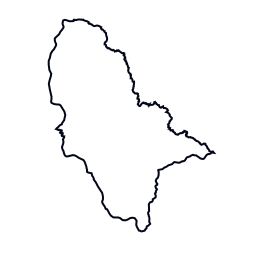 the district of Phonthong, Louangphrabang, Laos, rotated 9°
{"feature_id": "54806243B14812805317737", "entity_name": "Phonthong", "entity_type": "district", "adm_level": 2, "iso_a3": "LAO", "parent_name": "Laos", "parent_adm1": "Louangphrabang", "projection": "albers", "projection_center": [103.126, 20.819], "detail": "fine", "context": "isolated", "style": "outline", "palette": "ink", "viewbox_px": 256, "rotation_deg": 9, "n_neighbors": 0, "source": "geoboundaries", "source_scale": "gbopen_adm2", "svg_char_len": 5815}
<svg xmlns="http://www.w3.org/2000/svg" viewBox="0 0 256 256"><g transform="rotate(9 128 128)"><path d="M39.2,74.2L39.8,78.0L41.3,83.0L43.7,86.4L43.7,88.8L43.1,93.3L42.9,96.7L44.7,102.0L47.5,108.9L47.9,111.4L47.9,113.7L48.2,114.7L48.6,115.1L51.1,115.9L53.7,115.9L56.4,115.6L57.8,116.2L62.5,121.6L64.0,124.8L63.7,130.3L62.2,133.4L62.1,134.7L60.5,135.7L58.3,138.8L57.7,139.3L57.2,140.2L58.4,140.2L58.6,140.3L58.7,140.7L59.7,140.9L60.7,140.5L61.5,141.1L62.2,140.6L62.9,140.7L63.1,141.2L63.0,141.9L62.4,141.9L61.9,142.3L61.6,143.3L62.7,143.6L64.3,143.3L64.5,144.0L63.6,145.2L63.7,145.8L64.1,146.3L65.0,146.4L65.7,146.1L66.3,146.2L66.2,146.8L66.4,147.4L65.5,149.5L66.3,151.2L66.5,153.1L65.8,157.1L66.2,158.4L67.3,160.3L67.9,160.8L68.4,162.3L69.8,164.8L71.3,165.7L72.8,165.5L77.8,163.4L79.7,163.4L81.3,163.9L84.4,165.3L89.0,166.6L90.4,168.1L92.9,172.6L93.5,174.6L94.1,175.4L94.2,177.0L94.6,177.9L95.7,178.2L99.1,178.4L100.2,180.9L101.4,182.1L102.2,183.5L102.2,184.2L104.8,186.8L107.5,190.5L112.6,196.1L113.9,199.3L114.3,201.6L114.4,202.8L114.0,204.2L114.2,205.7L115.4,207.2L117.2,209.1L118.7,211.4L119.9,211.5L120.9,212.5L123.0,215.4L124.9,217.3L127.6,218.6L132.3,217.9L134.3,218.2L137.0,219.8L139.9,219.6L142.0,218.5L144.3,216.6L146.5,215.9L148.8,216.0L151.0,218.3L151.3,222.4L152.1,224.0L154.8,227.6L155.6,227.5L157.0,228.0L157.9,227.9L160.4,226.8L160.7,226.4L160.9,225.4L162.0,224.3L161.8,223.2L162.0,222.3L162.4,221.8L163.2,221.4L164.9,219.2L163.6,217.2L163.4,214.5L162.8,212.4L162.3,211.8L162.1,210.7L161.5,210.1L161.1,208.4L161.8,206.8L161.8,206.2L161.4,205.2L161.4,204.4L160.5,200.1L161.3,198.1L161.9,197.7L163.0,197.3L163.5,196.7L163.8,196.0L163.6,194.5L165.9,192.5L166.1,192.1L166.1,190.8L164.9,188.4L165.6,187.4L165.4,186.0L166.2,183.9L165.0,183.0L164.2,181.6L164.5,180.5L165.6,179.7L165.8,178.7L164.9,177.9L163.7,175.9L164.0,174.1L165.3,172.4L165.6,169.8L165.2,166.6L164.4,165.1L164.5,164.7L168.6,163.2L169.8,161.7L172.2,160.1L173.1,159.1L174.2,158.3L177.2,156.8L178.6,154.8L179.4,154.4L183.4,154.4L184.7,154.0L186.7,152.4L187.3,152.4L188.7,151.7L189.4,150.9L190.5,148.2L191.1,147.6L193.6,146.4L194.2,145.7L196.3,144.3L197.8,144.6L199.6,144.4L204.3,146.7L205.7,146.9L207.2,146.8L207.8,146.4L209.9,142.3L211.3,141.1L211.7,141.2L213.4,140.5L214.7,139.1L216.8,139.1L215.5,137.9L213.8,138.5L212.0,138.1L211.2,136.6L210.1,135.9L210.0,135.5L209.4,135.3L209.0,134.1L208.4,133.4L207.4,132.8L207.2,132.5L207.1,131.7L206.6,131.4L206.0,131.7L205.3,131.5L204.4,132.4L203.2,133.1L202.2,132.7L202.0,132.2L201.3,131.9L201.2,131.4L200.7,131.3L200.3,130.9L198.8,130.1L198.2,130.2L197.3,130.0L196.1,128.9L195.6,128.7L195.4,128.9L194.1,127.8L193.2,127.9L192.5,127.4L191.6,127.6L191.1,127.2L189.3,127.8L188.0,127.0L187.5,127.2L186.9,127.1L186.2,125.9L186.3,125.3L186.8,125.1L187.2,124.2L187.0,123.5L187.1,123.0L186.9,122.7L186.1,123.1L185.5,122.2L184.1,122.0L184.0,123.0L183.6,123.5L183.3,123.3L183.1,123.6L182.6,123.6L182.4,124.2L182.5,124.4L182.0,124.7L180.5,124.8L180.0,125.4L178.5,126.3L178.3,126.9L177.4,126.6L176.7,126.8L175.8,126.5L175.3,125.6L174.8,125.5L174.6,125.1L173.7,124.9L173.3,124.1L172.8,124.3L172.0,123.8L172.1,123.2L170.4,123.8L170.0,123.2L170.0,122.9L169.4,122.4L168.9,122.4L169.6,121.4L168.7,120.8L167.6,120.9L167.4,119.1L167.7,118.8L167.0,118.2L167.5,117.2L168.1,116.6L168.0,114.9L168.6,114.5L168.6,114.0L169.7,112.4L169.8,111.3L167.5,109.6L167.1,109.1L167.2,108.4L166.2,107.3L164.4,106.4L163.3,106.3L164.7,104.5L164.3,104.1L164.1,103.5L162.9,102.8L161.1,102.4L160.1,102.7L159.7,102.2L159.3,102.0L159.2,101.2L157.7,102.3L157.4,102.8L156.1,102.5L155.2,101.3L155.0,100.6L154.0,100.7L153.4,100.2L152.4,100.0L152.3,99.4L151.6,98.7L150.7,99.0L150.5,98.1L149.9,98.4L150.0,99.9L148.9,101.1L147.8,101.5L146.2,101.6L145.7,102.2L145.7,101.8L145.2,102.0L145.3,101.6L145.0,101.9L144.6,101.7L144.4,101.3L143.8,101.6L143.4,101.3L143.1,101.4L143.1,101.2L142.3,100.8L142.0,101.1L141.7,100.7L141.4,100.6L141.0,101.1L139.7,101.0L139.5,100.4L139.1,100.4L137.7,101.9L136.6,104.3L136.3,104.5L135.3,104.2L134.0,103.1L134.0,102.6L134.5,101.2L134.1,100.2L134.9,99.6L134.2,97.8L132.7,97.6L132.7,96.0L133.3,95.5L133.2,94.6L132.4,93.5L132.5,92.7L131.5,92.3L130.8,92.7L129.3,92.7L128.7,91.9L127.9,91.8L126.5,89.7L127.1,88.3L126.9,87.5L127.2,86.1L126.9,85.7L127.1,84.3L126.8,83.1L127.0,82.4L126.7,81.4L126.4,81.6L125.3,81.4L124.7,79.4L124.2,78.8L123.8,78.4L122.9,78.5L122.9,77.3L122.3,76.1L122.7,75.7L122.7,75.1L122.1,74.7L121.9,74.0L121.3,74.0L120.1,73.1L119.6,72.3L119.4,71.3L119.1,71.0L119.4,68.4L118.6,68.2L118.1,66.6L117.2,65.4L117.0,64.4L116.8,64.2L116.4,64.4L116.2,63.2L115.3,62.7L115.5,62.3L115.2,62.0L115.2,61.6L114.8,61.6L113.7,61.0L113.6,60.3L114.3,59.4L113.9,59.0L114.1,58.6L113.8,58.4L113.4,57.5L112.3,57.0L112.3,56.6L112.9,55.9L112.4,55.3L112.5,54.8L111.4,54.6L110.9,55.0L109.9,54.9L109.3,54.3L108.4,54.0L106.5,52.8L106.0,53.5L105.0,53.0L104.2,54.1L103.6,54.0L103.0,54.5L102.5,53.9L101.4,53.2L100.5,53.7L99.7,53.2L99.3,53.4L98.5,53.2L97.4,52.4L97.0,52.5L96.4,52.0L95.3,52.4L94.4,51.4L93.7,51.1L93.3,50.4L93.3,49.6L92.2,48.8L91.9,48.9L91.9,48.3L91.6,47.9L92.0,46.9L92.6,46.4L93.2,45.5L93.5,43.8L93.2,42.1L92.6,41.2L91.5,38.5L91.5,37.7L90.2,37.1L89.8,36.8L89.7,36.0L88.8,35.8L87.9,34.9L87.2,34.6L86.6,34.8L85.8,33.9L85.4,33.1L85.7,32.6L83.6,31.8L81.4,31.6L79.0,32.6L77.9,32.5L76.5,31.9L76.3,31.5L75.7,31.3L74.8,31.3L74.2,30.9L73.8,31.1L73.0,31.1L72.5,30.6L72.7,29.7L71.0,29.0L68.0,28.7L66.9,28.0L66.3,28.4L65.2,28.1L64.4,28.4L63.1,28.4L61.3,28.8L60.1,29.5L58.7,29.6L58.5,29.4L57.7,29.5L57.5,29.8L58.0,30.3L57.2,31.0L53.6,31.7L49.8,31.1L48.6,31.1L47.4,31.7L47.1,32.1L47.0,32.8L47.0,35.0L47.5,36.3L48.5,37.9L48.6,38.6L47.7,40.9L46.0,43.8L45.4,46.0L41.8,50.7L41.7,51.3L42.0,52.9L42.6,54.3L44.0,56.6L43.9,58.1L42.6,61.7L41.2,63.9L40.6,65.5L40.1,66.2L39.9,70.6L39.2,74.2Z" fill="none" stroke="#020617" stroke-width="2"/></g></svg>